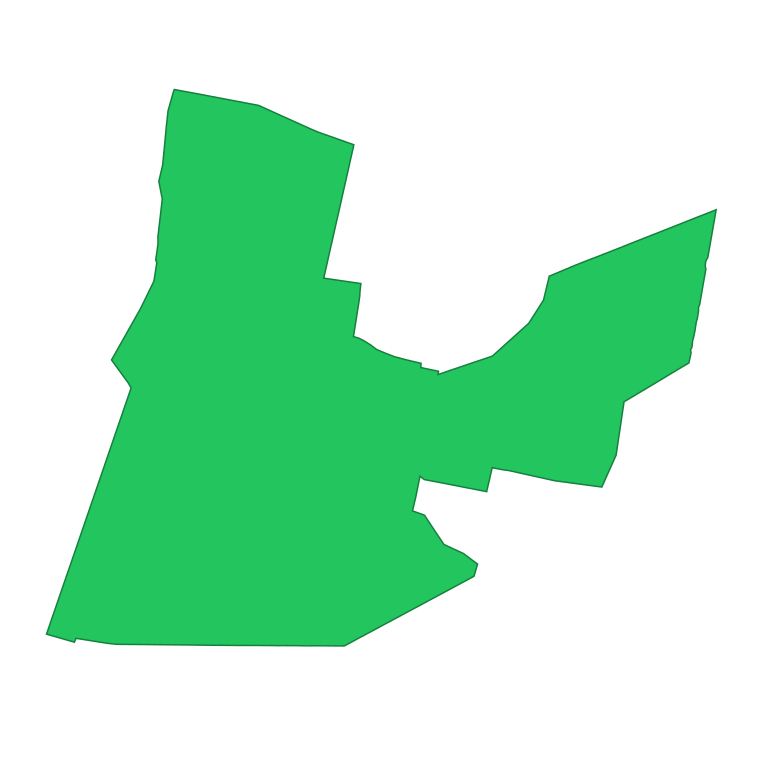 Chiconcuac, México, Mexico (Mercator projection), rotated 274°
{"feature_id": "50627088B68966073718312", "entity_name": "Chiconcuac", "entity_type": "district", "adm_level": 2, "iso_a3": "MEX", "parent_name": "Mexico", "parent_adm1": "México", "projection": "mercator", "projection_center": [-98.895, 19.553], "detail": "fine", "context": "isolated", "style": "filled", "palette": "green", "viewbox_px": 768, "rotation_deg": 274, "n_neighbors": 0, "source": "geoboundaries", "source_scale": "gbopen_adm2", "svg_char_len": 3030}
<svg xmlns="http://www.w3.org/2000/svg" viewBox="0 0 768 768"><g transform="rotate(274 384 384)"><path d="M426.3,686.7L435.3,688.0L437.0,688.1L439.3,687.4L441.6,688.5L445.6,688.9L446.6,688.7L450.1,689.1L451.5,689.5L459.6,690.6L460.5,690.6L464.1,690.9L467.6,691.2L471.2,692.0L478.8,692.7L482.2,692.4L485.3,693.4L503.2,695.2L521.2,697.1L524.1,696.2L529.0,696.4L532.8,698.2L550.0,700.0L567.3,701.8L581.0,703.2L573.1,686.6L565.1,669.9L557.1,653.2L549.2,636.6L541.2,619.9L533.2,603.3L525.3,586.6L525.0,586.0L522.5,580.5L516.2,567.3L503.1,541.3L499.9,540.8L493.2,539.7L483.2,538.0L478.9,537.3L476.8,536.2L474.5,534.9L468.9,531.9L454.6,524.1L419.5,490.3L419.0,489.3L411.6,471.5L404.9,455.5L401.9,448.3L399.6,443.0L397.5,438.0L397.2,437.3L400.5,437.5L401.6,429.6L402.3,424.5L403.0,419.6L407.3,419.5L407.3,419.0L409.7,404.4L410.3,401.3L411.5,395.1L411.7,393.5L414.6,384.0L417.8,374.4L419.3,372.1L422.0,368.0L424.5,363.3L425.7,361.1L426.6,359.0L428.1,355.3L428.4,353.8L429.2,350.2L435.7,350.8L444.5,351.6L453.3,352.3L463.2,353.2L470.4,353.7L473.6,353.6L482.6,353.9L485.4,316.5L486.4,316.7L488.4,317.0L516.7,321.3L520.3,321.9L521.5,322.1L524.9,322.6L545.9,325.8L548.9,326.3L564.5,328.7L571.9,329.8L580.2,331.1L597.8,333.8L603.2,334.6L617.5,336.8L620.6,337.2L622.1,331.7L622.6,329.9L630.4,301.7L633.5,292.5L644.7,262.3L646.5,257.4L651.6,243.8L653.2,239.4L654.8,225.7L655.2,222.8L656.6,210.3L657.2,205.4L657.7,201.1L660.1,181.0L661.2,171.4L662.2,162.3L662.9,156.6L663.2,154.3L661.1,153.6L643.3,149.9L643.0,149.8L641.3,149.5L623.1,148.8L622.3,148.8L621.8,148.8L604.3,148.4L586.8,147.9L586.0,147.8L570.5,145.2L556.0,149.1L553.5,149.9L552.3,149.8L551.1,149.8L550.6,149.8L515.0,148.2L507.9,148.8L506.0,148.6L498.1,148.1L491.8,147.6L490.2,148.4L489.2,148.9L470.6,147.3L468.3,146.4L458.9,142.6L453.2,140.3L442.2,135.8L390.2,111.1L389.7,110.8L389.0,110.5L367.2,128.8L362.4,132.0L187.9,85.4L163.4,78.8L133.5,70.8L130.2,69.9L120.8,67.4L110.9,64.8L105.0,92.5L104.8,93.1L108.8,94.6L107.1,113.9L106.0,126.2L105.7,135.5L105.7,136.0L106.1,142.5L106.5,149.0L107.4,163.3L108.0,173.3L108.2,176.8L109.9,204.9L110.4,213.3L110.5,215.6L111.9,238.8L112.2,242.8L112.2,243.6L112.3,245.5L112.5,248.2L112.7,251.7L113.8,268.2L114.5,278.3L114.6,280.3L115.0,286.3L115.5,294.8L116.1,303.2L116.1,303.7L116.2,304.8L116.9,315.5L117.2,321.4L117.8,330.7L118.0,332.5L118.5,340.2L118.8,344.7L119.5,356.5L119.9,362.5L120.4,363.5L126.5,373.1L127.1,374.0L128.5,376.2L130.7,379.8L133.7,384.5L141.8,397.3L149.8,410.1L150.1,410.5L167.1,437.5L187.2,469.4L198.5,487.2L210.9,489.9L214.4,484.4L220.3,475.3L220.6,474.7L225.3,462.3L228.1,455.0L232.5,451.6L242.0,444.2L256.0,433.5L259.4,421.3L261.0,421.5L273.4,423.6L275.0,423.8L285.0,425.1L294.5,426.3L291.5,430.8L288.9,452.5L286.2,474.1L283.8,494.0L285.1,494.1L297.3,496.1L305.7,497.4L308.0,497.7L306.7,509.1L306.4,514.2L302.9,537.6L299.4,560.9L297.9,584.7L296.4,608.5L312.8,614.5L329.2,620.5L347.1,621.9L365.0,623.3L383.0,624.7L393.8,640.2L404.6,655.7L415.5,671.2L426.3,686.7Z" fill="#22c55e" stroke="#15803d" stroke-width="1.5"/></g></svg>